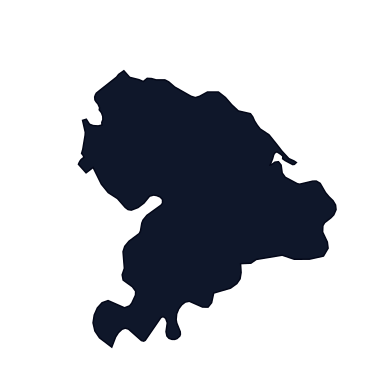 the Autonomous Community of Cádiz, rotated 163°
{"feature_id": "ESP-5812", "entity_name": "Cádiz", "entity_type": "Autonomous Community", "adm_level": 1, "iso_a3": "ESP", "parent_name": "Spain", "parent_adm1": "", "projection": "equal_earth", "projection_center": [-5.7, 36.526], "detail": "fine", "context": "isolated", "style": "filled", "palette": "ink", "viewbox_px": 384, "rotation_deg": 163, "n_neighbors": 0, "source": "natural_earth", "source_scale": "10m", "svg_char_len": 2255}
<svg xmlns="http://www.w3.org/2000/svg" viewBox="0 0 384 384"><g transform="rotate(163 192 192)"><path d="M275.7,292.5L271.8,292.5L270.2,286.8L267.1,284.4L262.4,282.6L258.5,282.4L257.9,285.0L256.1,287.2L255.2,290.5L255.4,294.3L256.7,297.7L255.7,299.6L256.2,303.7L257.3,306.2L257.9,308.4L257.3,311.3L256.0,313.1L254.6,314.5L250.4,316.2L230.6,323.9L227.8,325.9L221.7,327.9L218.1,319.9L209.8,314.9L206.3,311.9L201.6,313.8L197.5,312.3L193.5,309.7L185.1,307.1L182.1,304.2L177.9,297.5L165.0,283.9L161.2,281.3L156.8,281.3L148.0,283.1L137.5,279.9L132.4,272.6L128.5,263.8L124.0,256.0L113.2,249.8L111.9,246.0L111.4,241.7L110.1,236.9L108.4,232.4L101.6,224.1L97.0,212.6L94.0,204.7L89.6,195.6L85.3,191.8L83.6,189.7L86.0,188.5L87.7,188.8L93.9,195.0L95.6,197.3L94.6,199.6L96.1,202.1L99.1,205.7L101.5,205.1L103.0,203.7L105.2,200.2L109.4,195.0L108.0,194.9L104.0,196.3L100.5,195.7L98.9,191.7L100.2,183.8L98.5,178.8L88.9,169.2L86.8,168.0L73.4,167.1L69.9,166.1L66.9,162.8L64.5,152.4L62.4,147.4L59.7,142.5L58.5,137.6L59.4,133.0L63.1,128.7L66.7,126.7L74.1,123.9L76.7,121.5L78.8,115.5L77.2,104.6L78.3,98.4L85.0,92.3L99.3,93.4L113.9,97.8L124.2,105.2L150.3,108.7L156.5,106.7L166.5,109.3L168.6,100.6L171.4,94.9L175.9,91.3L183.2,88.8L200.8,89.0L205.6,80.4L210.3,77.2L215.6,78.9L226.5,88.3L230.6,88.7L234.8,87.1L238.9,84.1L242.3,79.9L244.5,74.5L244.9,71.2L244.1,61.8L244.7,59.3L245.8,57.8L249.2,56.2L251.7,56.1L254.4,57.0L256.8,58.8L258.1,61.6L257.7,66.0L253.9,74.1L254.1,78.9L256.1,81.4L258.6,80.9L280.1,63.8L281.8,63.5L283.8,64.7L292.8,79.4L295.6,81.3L299.0,81.2L303.5,79.0L307.4,75.7L314.1,67.1L323.1,79.6L325.5,87.5L324.9,95.8L321.5,102.9L316.4,108.8L310.4,112.4L304.0,112.7L290.4,101.0L284.9,101.4L282.1,103.3L276.2,109.9L274.9,113.6L276.7,118.8L283.6,127.9L283.0,133.2L279.0,138.8L275.4,155.1L272.2,159.7L266.6,163.4L254.6,167.7L252.7,169.7L249.1,176.9L247.0,179.5L241.9,182.9L225.4,188.5L223.5,189.9L222.4,193.4L223.9,196.5L226.8,198.9L229.6,200.3L233.8,200.4L241.1,195.5L248.2,192.9L255.3,192.4L258.3,193.9L260.4,196.8L265.2,207.5L272.3,215.9L276.4,226.0L279.4,244.4L287.7,241.3L292.5,251.7L291.5,252.9L290.1,254.3L288.5,255.5L285.2,256.8L285.4,258.8L286.3,261.2L284.0,264.7L277.6,277.6L276.6,280.3L275.7,292.5Z" fill="#0f172a" stroke="#020617" stroke-width="1.5"/></g></svg>